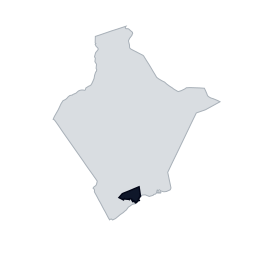 location of Magarini, Coast, Kenya, rotated 26°
{"feature_id": "3690345B44163293085628", "entity_name": "Magarini", "entity_type": "district", "adm_level": 2, "iso_a3": "KEN", "parent_name": "Kenya", "parent_adm1": "Coast", "projection": "orthographic", "projection_center": [39.973, -2.829], "detail": "fine", "context": "in_parent", "style": "filled", "palette": "ink", "viewbox_px": 256, "rotation_deg": 26, "n_neighbors": 0, "source": "geoboundaries", "source_scale": "gbopen_adm2", "svg_char_len": 4222}
<svg xmlns="http://www.w3.org/2000/svg" viewBox="0 0 256 256"><g transform="rotate(26 128 128)"><path d="M56.9,153.0L56.8,149.9L57.3,142.2L57.2,135.4L57.6,132.0L59.3,129.8L60.0,128.3L60.6,126.1L61.5,124.3L63.5,122.8L63.8,122.0L65.9,119.6L67.2,116.5L68.1,115.4L69.3,114.4L70.2,113.9L71.5,113.4L72.6,113.1L72.8,112.8L72.9,112.3L72.6,110.4L73.0,109.8L73.8,108.5L74.6,107.3L75.4,106.5L75.8,105.7L76.0,104.4L76.0,103.4L76.0,101.8L75.8,98.3L74.9,95.3L74.4,91.9L74.8,90.8L74.1,88.9L73.8,88.8L73.2,88.4L72.5,86.5L71.9,84.8L71.6,84.4L69.2,82.9L68.0,79.5L66.7,78.7L66.0,75.3L65.9,74.3L66.7,70.9L66.6,70.1L65.8,69.3L63.6,68.6L61.8,67.2L62.0,66.7L62.1,66.2L61.2,65.9L58.5,60.0L62.1,56.5L65.7,52.9L70.3,48.3L74.6,44.2L78.3,40.6L81.6,37.4L81.5,38.0L81.5,38.8L81.9,39.3L82.5,39.6L83.5,39.3L84.3,38.8L85.1,38.7L90.0,40.0L90.8,41.1L90.7,42.4L90.9,43.3L90.6,44.2L90.1,46.9L90.2,49.5L91.7,51.3L93.0,52.8L94.0,54.8L94.8,55.5L95.9,55.8L99.2,55.9L104.2,56.0L109.0,56.1L109.5,56.1L110.5,56.4L114.9,59.2L119.0,61.7L122.4,63.9L125.7,66.1L129.0,68.2L131.5,69.9L134.0,70.4L138.0,70.7L140.8,70.7L143.4,71.5L147.2,72.2L150.1,72.5L151.8,72.9L156.6,73.3L157.4,73.1L159.5,71.1L161.9,68.0L162.8,66.3L165.8,64.6L171.2,62.2L175.0,60.5L179.2,58.8L181.1,60.3L183.8,62.6L185.0,63.8L185.9,64.3L187.3,64.6L189.1,64.7L190.0,64.6L192.0,64.3L196.6,64.0L199.2,64.1L197.0,67.2L194.4,70.9L189.5,77.8L185.8,81.5L183.1,84.2L182.8,84.7L182.8,87.8L182.8,95.3L182.9,110.3L183.0,125.3L183.0,140.3L183.1,147.8L183.1,150.4L185.5,153.5L187.9,156.6L191.1,160.7L192.8,162.9L193.0,163.6L193.0,165.1L190.4,168.2L188.2,169.6L185.4,170.2L184.5,170.1L183.4,169.7L182.9,170.4L182.6,171.5L182.0,171.3L181.5,171.0L181.8,173.0L182.1,174.0L181.6,175.4L180.2,176.5L180.1,177.5L177.1,180.2L172.8,180.5L170.6,181.8L169.6,182.8L168.8,185.2L169.1,188.7L167.9,191.5L167.7,192.9L165.4,194.7L164.5,196.3L163.7,198.0L163.1,198.7L162.4,202.4L161.3,204.7L161.1,205.4L160.8,206.1L160.0,207.5L159.5,208.4L159.1,209.0L156.5,214.8L154.5,217.4L152.9,217.1L151.8,218.1L151.7,218.6L151.2,218.3L149.8,217.4L147.1,215.4L144.4,213.4L141.6,211.5L138.9,209.5L136.2,207.5L133.4,205.6L130.7,203.6L127.9,201.6L126.3,200.5L125.6,199.8L125.1,198.4L124.8,198.1L124.1,197.7L123.2,197.6L123.0,197.3L123.0,196.7L123.3,195.7L124.3,193.9L124.4,192.8L124.2,191.6L123.8,189.7L123.6,189.2L121.8,188.2L118.0,186.1L114.2,184.0L110.3,181.9L106.5,179.8L102.7,177.6L98.9,175.5L95.1,173.4L91.3,171.3L87.5,169.2L83.7,167.1L79.9,165.0L76.1,162.9L72.3,160.8L68.6,158.7L64.8,156.5L61.0,154.4L59.5,153.6L58.3,153.0L56.9,153.0ZM183.3,173.4L182.7,173.5L183.0,172.5L185.0,171.2L185.8,171.5L185.9,171.8L185.9,172.1L185.6,172.3L183.3,173.4Z" fill="#d9dde1" stroke="#a8b0b8" stroke-width="1"/><path d="M160.5,191.8L160.5,191.7L160.4,191.6L160.3,191.4L160.2,191.2L160.1,190.9L160.3,190.8L160.5,190.7L160.8,190.6L161.0,190.5L161.3,190.6L161.5,190.5L161.7,190.4L161.8,190.4L162.0,190.4L162.3,190.2L162.5,190.3L162.5,190.5L162.8,190.6L162.8,190.8L163.0,190.8L163.2,191.0L163.3,191.1L163.2,191.2L163.3,191.3L163.5,191.3L163.7,191.5L163.8,191.5L163.8,191.4L164.0,191.3L164.0,191.5L164.2,191.8L164.3,191.9L164.4,191.7L164.5,191.7L164.7,191.8L164.8,191.8L164.9,191.7L165.0,191.7L165.1,191.4L165.3,191.2L165.5,191.2L165.4,191.1L165.3,190.9L165.5,190.9L165.7,191.0L165.9,191.2L166.0,191.1L165.9,191.1L166.0,191.0L166.3,191.2L166.5,191.2L166.7,191.3L166.8,191.2L167.0,191.3L166.9,191.3L166.9,191.5L167.0,191.7L167.1,191.9L167.3,192.0L167.5,192.0L167.8,191.9L167.8,191.7L168.0,191.5L168.1,191.4L168.3,191.1L168.4,190.9L168.5,190.7L168.5,190.3L168.4,190.2L168.4,189.9L168.5,189.8L168.5,189.7L168.6,189.4L168.6,189.2L168.8,189.0L168.9,188.9L169.0,188.9L169.1,188.7L169.3,188.4L169.5,188.4L169.7,188.2L169.8,188.2L169.8,188.3L169.9,188.2L169.7,188.0L169.4,188.2L169.2,188.2L168.9,188.0L168.9,187.9L168.7,187.7L168.5,187.4L168.5,187.2L168.6,186.8L168.6,186.6L168.7,186.3L168.7,186.2L168.7,185.9L168.7,185.6L168.8,185.6L168.8,185.4L168.9,185.2L168.9,184.9L168.9,184.4L168.9,184.2L169.0,184.0L169.0,183.9L169.1,183.7L168.9,183.6L168.8,183.4L163.7,176.0L160.6,179.5L156.8,183.9L152.7,188.4L152.2,189.0L151.8,189.5L151.7,189.6L150.4,194.5L155.5,194.6L155.7,193.0L156.8,193.0L160.1,191.7L160.5,191.8Z" fill="#0f172a" stroke="#020617" stroke-width="1.5"/></g></svg>